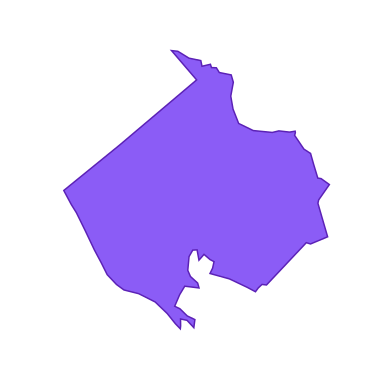 Vermilion, Louisiana, United States of America, rotated 50°
{"feature_id": "52423323B90141807319554", "entity_name": "Vermilion", "entity_type": "district", "adm_level": 2, "iso_a3": "USA", "parent_name": "United States of America", "parent_adm1": "Louisiana", "projection": "natural_earth1", "projection_center": [-92.265, 29.84], "detail": "fine", "context": "isolated", "style": "filled", "palette": "violet", "viewbox_px": 384, "rotation_deg": 50, "n_neighbors": 0, "source": "geoboundaries", "source_scale": "gbopen_adm2", "svg_char_len": 1107}
<svg xmlns="http://www.w3.org/2000/svg" viewBox="0 0 384 384"><g transform="rotate(50 192 192)"><path d="M106.0,95.8L102.1,103.5L97.0,100.8L87.5,108.3L75.1,112.4L70.5,116.8L109.1,116.4L109.5,217.4L108.4,289.2L109.1,289.4L123.9,292.5L133.7,293.9L153.6,298.8L173.6,304.0L187.8,307.0L200.8,310.1L214.3,309.3L223.3,307.1L235.6,298.2L252.6,290.9L269.2,289.1L282.2,289.4L289.3,288.9L287.3,286.8L281.9,282.4L287.1,278.3L297.1,277.8L291.6,271.8L283.9,275.3L273.7,276.3L268.4,278.7L262.7,267.4L259.5,258.1L270.0,248.3L265.4,246.2L255.7,247.5L249.3,245.6L239.6,235.8L237.0,228.8L239.6,225.3L248.7,230.5L247.5,222.9L255.4,221.6L259.5,219.9L263.6,225.2L266.0,230.6L282.6,219.2L300.7,210.9L309.2,207.5L308.1,202.9L307.8,197.8L311.1,194.7L304.3,137.0L308.0,134.6L313.5,116.9L294.9,108.7L281.6,102.8L279.5,100.1L274.6,82.0L264.7,84.5L262.2,86.7L248.9,81.0L238.7,76.4L231.1,78.7L214.6,77.0L213.0,74.7L211.7,73.9L208.8,78.8L201.0,86.2L198.0,92.2L184.3,105.6L169.5,112.2L154.9,107.3L143.5,100.7L134.5,89.8L127.5,86.7L118.0,94.3L112.5,93.5L109.2,97.1L106.0,95.8Z" fill="#8b5cf6" stroke="#5b21b6" stroke-width="1.5"/></g></svg>